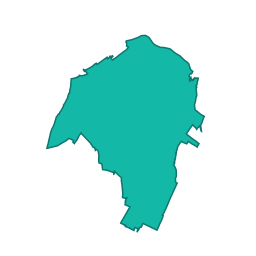 Breasta, Dolj, Romania (Robinson projection), rotated 293°
{"feature_id": "2599482B32619103833819", "entity_name": "Breasta", "entity_type": "district", "adm_level": 2, "iso_a3": "ROU", "parent_name": "Romania", "parent_adm1": "Dolj", "projection": "robinson", "projection_center": [23.666, 44.346], "detail": "fine", "context": "isolated", "style": "filled", "palette": "teal", "viewbox_px": 256, "rotation_deg": 293, "n_neighbors": 0, "source": "geoboundaries", "source_scale": "gbopen_adm2", "svg_char_len": 5700}
<svg xmlns="http://www.w3.org/2000/svg" viewBox="0 0 256 256"><g transform="rotate(293 128 128)"><path d="M210.6,96.8L207.5,92.4L206.2,92.6L206.2,92.9L205.7,93.5L204.0,94.4L203.3,94.5L202.9,94.7L202.7,95.1L202.8,96.3L202.7,96.8L201.9,96.7L199.2,95.8L191.1,91.0L189.0,90.0L184.6,87.1L185.3,85.6L185.8,85.1L188.0,86.1L188.4,85.4L186.4,84.1L186.4,83.4L186.6,83.3L185.8,83.1L184.4,82.7L183.7,82.2L183.8,82.0L184.2,81.7L184.7,81.5L184.9,81.4L185.0,81.1L178.5,77.2L174.4,74.6L175.2,73.6L174.1,72.6L173.9,72.5L173.5,72.5L173.0,72.2L172.9,72.0L172.7,72.0L172.4,72.0L172.0,71.7L171.9,71.6L170.9,71.1L170.6,71.0L170.4,70.6L170.0,70.5L169.2,70.0L165.0,66.5L164.9,66.2L164.5,66.2L164.4,66.0L164.4,65.2L164.5,64.1L164.4,64.1L164.2,64.2L163.2,65.7L163.1,65.9L163.1,66.2L163.7,66.9L163.0,68.0L162.3,69.1L162.4,69.4L162.4,69.5L162.2,69.7L161.9,69.6L161.4,69.2L160.2,67.7L159.1,66.7L158.4,65.8L158.1,65.1L157.7,64.2L157.4,62.5L157.2,62.5L156.9,62.7L156.7,62.8L156.4,62.6L154.7,61.1L154.6,61.3L152.9,59.2L151.1,56.5L143.8,59.0L142.9,59.1L142.3,59.4L139.9,59.7L139.6,59.9L137.5,60.5L137.5,60.4L137.1,60.4L136.9,60.4L136.7,60.0L133.5,60.3L133.0,60.4L132.3,60.6L131.8,60.6L129.6,60.3L128.4,60.4L127.5,60.2L126.1,60.2L125.8,60.0L124.7,59.9L124.1,59.7L123.8,59.7L122.5,60.2L122.2,60.2L121.3,59.8L120.9,59.8L119.2,59.9L118.8,59.7L116.8,59.4L116.2,59.3L115.8,59.1L114.8,59.2L114.2,59.3L114.1,59.2L114.0,58.8L113.9,58.6L112.6,58.4L112.2,58.2L110.5,58.0L110.2,57.7L109.0,57.9L103.1,58.5L100.0,58.6L97.4,58.3L96.3,58.4L93.8,58.5L90.3,59.2L85.3,60.0L82.0,60.7L80.7,60.8L78.5,61.1L77.6,61.3L78.4,62.6L79.1,63.3L82.0,67.3L82.6,68.0L83.9,69.9L87.6,72.5L92.1,76.0L94.4,77.2L95.4,77.9L95.4,80.3L95.3,81.5L95.3,82.8L93.4,82.8L92.7,84.7L94.0,84.9L96.4,85.5L97.6,85.7L100.3,85.8L102.9,86.2L104.4,86.6L105.1,86.8L104.6,87.3L104.0,88.7L103.0,91.2L99.5,99.2L96.5,103.6L96.9,104.2L96.9,104.9L94.7,106.7L95.9,107.2L95.9,107.3L95.7,108.1L95.4,108.9L94.9,109.8L94.4,110.1L93.7,110.4L93.1,110.7L92.6,111.2L91.8,111.7L89.9,112.5L88.0,113.1L87.8,113.3L86.2,113.9L85.0,114.6L84.6,115.0L84.5,115.6L84.7,117.9L84.5,118.1L79.8,120.9L80.6,123.9L81.0,126.4L81.1,128.7L81.2,129.8L81.3,131.3L81.3,131.9L81.1,132.2L81.1,132.6L80.1,132.8L79.9,133.0L80.3,133.2L80.7,133.2L81.2,133.1L82.9,132.2L83.0,132.2L82.5,133.4L81.3,136.6L80.8,137.9L79.7,141.4L78.1,141.9L76.2,142.9L73.3,144.7L66.1,148.6L65.1,149.1L62.6,149.8L62.1,150.0L61.8,150.1L61.9,150.7L62.2,153.0L62.3,153.3L63.1,154.1L61.8,154.0L60.6,153.9L60.2,154.0L60.1,154.4L58.6,154.3L58.3,155.0L56.2,155.2L56.2,160.6L54.2,160.4L51.4,160.0L49.5,159.9L48.8,159.7L47.5,159.6L39.0,158.5L37.5,158.5L37.5,163.1L37.1,163.0L37.1,164.2L36.3,164.2L36.5,167.0L36.0,173.5L39.1,173.2L39.3,176.3L36.7,176.8L36.2,176.9L36.2,177.0L36.5,177.0L37.5,177.4L41.2,177.8L41.5,177.9L41.7,178.7L42.0,179.0L45.8,178.9L45.9,179.8L45.9,181.4L45.3,194.6L52.4,194.7L54.0,194.7L55.6,194.9L58.2,194.9L61.1,194.6L61.1,193.7L61.6,193.7L61.8,193.7L62.0,193.9L62.7,194.0L64.2,194.2L65.3,194.3L66.5,194.2L67.3,194.3L68.0,194.3L68.6,194.4L76.4,194.4L77.8,194.3L96.5,194.8L96.4,193.5L96.5,193.3L97.5,192.7L97.9,192.6L98.3,192.2L98.7,192.0L99.4,191.7L100.4,191.4L102.4,191.3L103.0,191.1L105.2,190.2L108.4,188.6L109.1,187.8L110.4,186.6L110.7,186.0L111.2,185.4L111.3,185.1L111.3,184.8L111.4,184.6L112.4,184.7L114.1,184.6L114.1,183.9L114.8,183.7L115.0,183.8L115.3,184.0L116.0,184.0L116.8,183.7L117.0,183.5L117.1,183.3L117.3,183.3L117.3,183.5L117.5,183.6L118.3,183.7L118.7,183.5L119.0,183.3L120.3,182.9L121.7,182.8L123.0,182.3L123.1,181.9L123.5,181.7L123.7,181.8L123.7,182.2L124.2,182.0L124.9,181.9L125.6,181.7L127.3,181.6L127.9,181.5L128.7,181.2L129.5,181.1L131.1,181.2L132.0,181.3L134.5,181.8L135.7,182.1L136.5,182.3L136.3,184.9L136.3,188.1L136.7,188.3L138.9,188.7L139.1,188.7L139.2,188.8L138.9,190.6L138.4,192.5L138.2,195.1L138.0,196.1L137.9,197.8L137.6,198.6L137.4,199.1L139.3,199.2L141.3,199.5L142.2,196.4L143.4,191.0L145.1,184.6L145.5,184.0L156.2,186.2L155.2,188.7L154.7,189.8L154.6,190.4L154.2,191.2L153.6,191.6L153.5,191.8L155.2,192.0L157.1,192.8L157.7,193.2L156.8,194.2L154.8,195.7L153.8,196.5L153.6,196.7L153.6,197.0L158.8,193.8L159.1,193.7L160.3,194.0L162.7,193.9L166.5,193.6L168.5,193.7L168.7,192.3L168.8,190.4L169.4,188.1L170.3,185.4L170.9,182.9L171.1,182.6L171.3,182.4L171.7,182.1L172.4,181.9L172.8,181.5L175.3,180.2L176.4,179.9L177.9,179.8L179.0,179.7L180.7,179.1L182.2,178.9L182.6,178.8L183.2,178.4L183.4,178.6L183.7,178.7L184.3,178.7L185.1,178.5L186.2,177.8L186.6,177.7L186.9,177.4L187.9,177.0L189.4,176.2L190.2,175.6L190.7,175.3L191.6,175.1L192.1,175.4L192.4,175.4L192.6,175.2L192.6,174.9L192.5,174.6L192.6,174.4L192.8,174.2L193.4,174.0L193.7,174.0L193.9,174.2L194.2,174.5L194.4,174.6L195.8,174.3L197.2,173.8L197.7,173.7L198.5,173.7L200.2,173.5L200.7,173.3L201.1,173.1L201.3,173.1L201.0,172.0L200.7,171.7L200.4,170.9L200.3,170.0L200.3,169.9L200.1,169.9L199.9,169.6L199.3,169.3L199.1,169.3L199.1,169.9L198.5,169.5L198.0,169.3L197.1,169.1L197.1,168.9L197.7,168.6L197.8,168.5L197.8,168.3L197.5,167.7L197.4,167.5L196.9,167.3L195.4,167.0L195.5,166.6L195.7,166.4L195.9,166.4L196.7,166.7L197.5,166.7L197.4,166.6L196.3,166.3L196.2,166.2L196.6,166.2L196.7,165.9L197.0,165.8L197.5,166.0L198.3,166.4L198.6,166.5L198.6,166.4L197.6,165.9L197.5,165.6L198.4,165.9L199.3,165.7L199.1,165.5L198.7,165.4L198.9,164.4L199.1,164.2L200.5,163.8L201.3,163.9L201.8,164.1L202.1,164.4L202.5,165.1L202.9,165.4L205.4,165.5L206.1,163.2L207.0,162.1L210.8,158.9L211.8,156.5L212.4,153.6L214.7,147.6L215.1,144.2L215.7,141.0L216.2,139.3L217.2,136.5L217.1,134.7L216.1,129.5L214.9,126.3L214.9,121.6L215.4,118.8L216.5,116.7L219.2,112.6L219.7,111.1L219.9,109.7L220.0,107.7L218.2,104.2L215.2,101.8L210.6,96.8Z" fill="#14b8a6" stroke="#0f766e" stroke-width="1.5"/></g></svg>